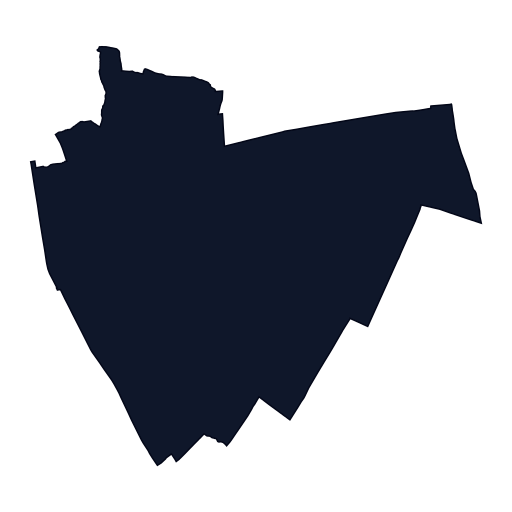 Sapoca, Buzau, Romania (Albers equal-area conic projection)
{"feature_id": "2599482B44441354479305", "entity_name": "Sapoca", "entity_type": "district", "adm_level": 2, "iso_a3": "ROU", "parent_name": "Romania", "parent_adm1": "Buzau", "projection": "albers", "projection_center": [26.759, 45.229], "detail": "fine", "context": "isolated", "style": "filled", "palette": "ink", "viewbox_px": 512, "rotation_deg": 0, "n_neighbors": 0, "source": "geoboundaries", "source_scale": "gbopen_adm2", "svg_char_len": 5801}
<svg xmlns="http://www.w3.org/2000/svg" viewBox="0 0 512 512"><path d="M481.3,223.2L479.9,216.6L479.5,211.0L476.5,195.5L476.0,193.2L475.1,191.4L473.3,189.3L471.0,182.4L468.7,173.3L463.4,158.9L462.7,157.1L461.2,153.1L459.0,145.8L456.9,138.8L456.8,138.5L455.7,132.8L455.3,130.6L454.9,128.9L454.0,122.3L453.7,119.4L453.1,115.4L452.6,112.3L452.3,110.7L452.1,108.5L451.6,104.7L451.3,104.1L449.8,104.5L431.1,106.0L430.8,106.1L430.8,108.4L427.0,109.0L423.7,109.6L419.4,110.3L416.6,110.7L413.7,111.1L412.8,111.0L410.7,111.1L395.7,112.5L385.4,114.1L357.9,118.7L333.0,122.9L330.1,123.5L323.2,124.6L309.9,126.9L296.6,129.3L284.8,131.2L282.7,131.9L266.9,135.8L248.5,140.3L236.6,143.3L224.5,146.3L224.3,144.1L223.6,133.8L223.1,125.6L222.9,121.0L222.4,113.8L219.4,114.1L218.5,114.3L218.0,114.4L219.5,108.7L219.8,107.2L220.1,105.9L220.5,104.5L221.1,102.7L221.7,101.3L222.1,99.9L222.3,97.6L222.4,95.8L222.5,94.0L222.6,92.4L222.6,91.0L222.4,91.0L217.5,91.4L215.3,91.5L215.3,90.6L215.2,90.3L214.9,89.7L214.6,89.2L214.0,88.8L213.0,88.4L211.9,87.7L211.4,87.4L211.0,87.1L210.6,86.6L210.4,86.0L210.3,84.9L209.7,84.5L209.0,83.8L208.7,83.3L208.4,82.9L208.0,82.6L206.9,82.0L206.4,81.8L205.9,81.6L205.2,81.4L202.8,80.4L202.3,80.2L201.5,79.9L200.9,79.9L199.8,79.8L198.4,79.3L198.2,79.1L197.7,78.9L196.7,78.5L196.3,78.4L195.9,78.2L195.2,77.8L194.0,77.3L193.6,77.2L193.2,77.1L192.7,77.1L192.4,77.1L191.6,77.1L190.9,77.6L190.7,77.5L187.6,77.4L185.1,77.2L180.6,77.0L176.0,76.8L174.0,76.7L172.0,76.7L170.7,76.5L166.3,76.2L165.0,75.7L164.0,75.1L163.2,74.7L161.7,74.2L161.2,74.1L159.7,74.0L158.3,73.8L157.1,73.5L155.8,73.2L154.3,72.7L153.8,72.4L152.4,71.7L151.1,71.1L150.2,70.8L148.0,69.8L147.0,69.4L145.4,68.9L144.5,69.2L143.9,70.7L143.7,71.4L143.3,72.1L143.3,73.1L143.0,73.9L142.8,73.9L140.3,73.5L138.8,73.0L137.6,72.6L136.3,72.6L135.3,72.6L134.4,72.3L133.4,71.8L132.6,71.3L132.4,71.2L129.4,71.5L125.2,71.2L123.7,71.0L121.5,70.9L121.7,70.4L121.7,69.9L121.7,69.1L121.2,66.1L121.1,65.2L121.0,63.8L120.2,60.7L120.1,59.5L119.8,57.7L119.7,57.2L119.5,56.3L119.6,55.8L119.5,52.8L119.2,51.6L118.9,51.0L117.1,49.3L116.5,48.9L115.3,48.6L114.3,48.4L112.9,48.1L111.9,47.9L111.7,47.9L110.9,47.8L109.2,47.4L106.5,46.9L104.9,46.8L103.4,46.8L101.9,46.7L100.6,46.8L100.1,46.9L99.6,46.8L99.3,47.0L99.1,47.6L99.0,48.0L98.5,48.9L98.1,49.3L97.5,49.7L97.2,50.0L97.5,50.5L97.8,50.9L99.0,51.3L99.5,51.4L100.5,52.0L100.5,52.3L100.5,53.5L100.1,55.1L100.0,56.3L99.9,57.0L100.0,57.7L100.3,58.7L100.3,60.5L100.1,61.3L100.1,61.8L100.3,62.5L100.3,62.8L100.2,63.3L100.1,64.0L100.2,64.6L100.2,66.2L100.1,66.6L100.1,68.5L100.0,69.1L99.6,70.3L99.3,71.2L99.5,72.5L99.6,73.5L99.9,74.9L100.3,76.5L100.7,78.1L100.8,79.1L101.1,79.7L101.5,80.4L101.7,81.0L101.7,81.5L101.8,81.9L102.4,82.9L103.0,84.2L103.3,84.8L103.7,85.4L103.9,86.1L104.1,87.2L105.1,89.9L105.5,90.6L105.9,91.2L106.0,91.6L106.1,92.6L106.1,93.3L105.9,94.1L105.3,95.5L105.2,96.0L105.4,96.8L105.3,97.3L105.5,98.0L105.5,98.8L105.1,100.4L104.9,101.9L104.8,102.5L104.4,103.6L104.1,104.6L103.7,105.2L102.9,106.0L102.8,106.3L102.8,107.5L102.7,107.9L102.3,108.9L101.8,109.8L101.7,110.7L101.7,111.6L101.7,113.4L101.6,113.8L101.5,114.2L101.6,114.8L101.6,115.2L101.7,115.6L102.1,116.7L102.4,117.3L102.4,117.8L102.4,118.7L102.1,119.6L101.9,121.1L101.2,123.4L100.8,124.0L100.7,124.8L100.4,125.7L100.2,126.6L99.9,126.9L98.5,126.2L97.7,125.8L96.3,124.8L96.0,124.6L95.6,124.2L95.0,123.9L94.0,123.4L93.3,122.9L92.9,122.5L92.5,122.2L91.9,122.0L91.6,121.6L90.8,120.9L83.9,122.0L82.5,121.6L80.7,121.7L80.1,122.0L79.3,122.7L78.8,123.1L78.4,123.2L77.6,124.0L76.6,124.7L75.7,125.3L75.0,126.0L74.5,126.3L73.7,126.6L73.2,127.0L72.8,127.6L72.4,128.1L71.5,128.3L71.4,128.8L70.4,129.4L68.9,129.6L67.7,129.6L66.8,130.0L65.3,130.2L65.2,130.6L63.8,131.1L63.2,131.3L62.5,131.6L62.0,131.9L61.5,132.0L61.1,132.0L59.1,132.2L58.1,132.7L56.2,134.1L55.5,134.5L60.4,143.1L62.5,148.3L63.4,150.9L65.4,157.0L66.8,161.3L65.1,161.4L64.5,162.0L63.9,162.5L63.6,162.5L62.9,162.6L61.6,163.5L60.3,163.5L59.2,163.7L57.8,163.7L53.0,164.2L50.7,164.8L50.0,165.4L48.4,166.6L47.1,167.2L45.7,167.2L44.6,167.1L43.8,166.9L43.2,166.4L35.8,167.9L34.8,161.1L30.7,161.8L31.2,164.5L34.2,184.1L37.7,205.6L39.1,215.7L42.5,237.0L44.7,250.0L46.4,261.5L46.8,263.8L47.7,267.9L48.0,269.2L49.7,273.7L56.9,287.6L56.8,288.0L56.5,288.1L57.4,290.0L57.6,289.9L60.5,289.6L65.0,299.0L67.4,303.6L70.0,308.7L72.5,313.8L81.1,330.6L87.7,343.7L90.8,349.8L92.3,352.3L99.4,362.3L104.0,369.1L111.7,380.0L113.9,383.6L117.1,389.4L119.0,393.0L121.1,397.7L128.5,413.3L131.5,419.9L141.5,440.0L143.3,443.1L148.2,450.6L149.7,453.6L151.1,455.8L152.4,457.9L157.4,465.3L161.1,463.0L165.5,458.9L166.2,457.8L170.3,454.8L170.7,454.4L171.5,454.0L175.0,459.3L176.2,461.5L179.0,459.4L179.4,458.9L180.5,457.9L182.3,456.1L185.0,453.4L189.7,448.5L191.9,446.3L194.0,444.1L196.8,441.3L197.3,440.8L198.0,440.1L198.9,439.1L199.4,438.6L200.2,437.9L200.6,437.5L201.1,436.9L204.1,433.8L205.7,435.0L207.0,435.9L209.7,436.1L210.9,436.7L211.6,437.4L212.3,437.7L213.6,438.0L214.1,438.0L214.3,438.1L214.4,438.3L214.6,438.3L215.7,438.5L216.4,438.9L216.7,439.3L217.7,441.4L218.2,441.7L218.7,441.9L219.4,441.9L220.2,441.8L220.8,441.7L221.9,442.0L222.8,442.3L223.1,442.3L224.2,443.3L224.9,443.9L226.3,445.4L226.6,445.8L228.9,443.1L229.6,442.3L231.3,440.0L235.5,433.8L238.8,429.0L247.7,415.9L251.5,409.4L252.6,407.2L253.1,406.3L254.6,404.3L259.0,396.8L268.7,404.2L289.9,419.8L298.0,407.0L301.2,401.7L303.8,398.0L305.1,395.5L308.8,387.7L318.0,372.0L324.2,361.7L329.7,352.7L332.2,348.5L342.1,331.4L342.3,330.9L350.1,318.5L350.1,318.4L350.3,318.5L353.9,320.1L367.7,326.4L372.1,316.6L387.0,283.6L397.4,260.4L398.7,258.0L400.7,253.1L407.4,238.0L410.7,231.0L414.5,222.6L416.4,217.9L420.0,209.2L420.0,208.7L421.0,205.8L421.0,204.9L439.8,209.2L450.6,213.0L467.9,218.8L481.3,223.2Z" fill="#0f172a" stroke="#020617" stroke-width="1.5"/></svg>